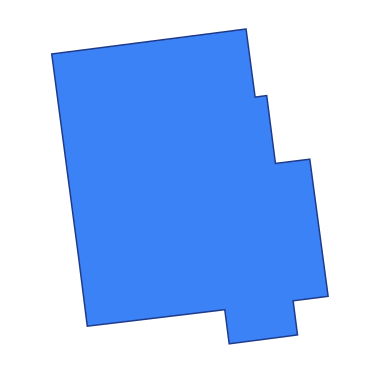 Putnam, Ohio, United States of America (orthographic projection), rotated 263°
{"feature_id": "52423323B37159201054732", "entity_name": "Putnam", "entity_type": "district", "adm_level": 2, "iso_a3": "USA", "parent_name": "United States of America", "parent_adm1": "Ohio", "projection": "orthographic", "projection_center": [-84.197, 41.013], "detail": "fine", "context": "isolated", "style": "filled", "palette": "blue", "viewbox_px": 384, "rotation_deg": 263, "n_neighbors": 0, "source": "geoboundaries", "source_scale": "gbopen_adm2", "svg_char_len": 329}
<svg xmlns="http://www.w3.org/2000/svg" viewBox="0 0 384 384"><g transform="rotate(263 192 192)"><path d="M36.8,210.4L37.3,279.3L71.7,279.1L71.9,314.4L210.2,312.9L210.2,278.3L278.6,277.9L278.5,266.2L347.2,265.5L346.1,69.6L139.2,71.5L71.6,71.7L71.2,210.2L36.8,210.4Z" fill="#3b82f6" stroke="#1e3a8a" stroke-width="1.5"/></g></svg>